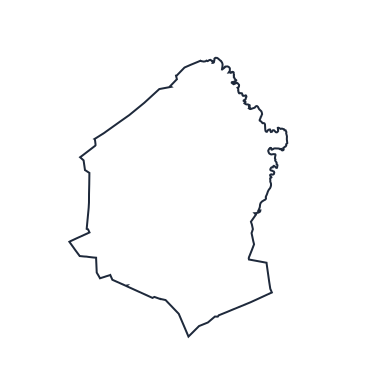 Priekule, Priekules, Latvia (orthographic projection), rotated 296°
{"feature_id": "27541924B71923790852793", "entity_name": "Priekule", "entity_type": "district", "adm_level": 2, "iso_a3": "LVA", "parent_name": "Latvia", "parent_adm1": "Priekules", "projection": "orthographic", "projection_center": [21.612, 56.446], "detail": "fine", "context": "isolated", "style": "outline", "palette": "slate", "viewbox_px": 384, "rotation_deg": 296, "n_neighbors": 0, "source": "geoboundaries", "source_scale": "gbopen_adm2", "svg_char_len": 6005}
<svg xmlns="http://www.w3.org/2000/svg" viewBox="0 0 384 384"><g transform="rotate(296 192 192)"><path d="M92.9,270.1L99.8,276.3L103.9,279.9L118.5,292.9L123.6,297.1L136.7,307.8L138.3,306.0L139.3,304.8L139.6,304.6L144.9,300.9L159.7,290.9L161.1,290.0L156.3,272.8L157.2,272.1L158.3,271.8L160.0,271.7L166.7,271.2L172.2,270.7L174.7,268.6L181.1,263.6L181.4,263.5L182.5,263.4L185.3,263.0L189.0,260.1L191.1,258.0L195.5,258.7L199.2,259.3L199.7,259.4L200.4,257.6L201.1,258.9L202.6,260.7L203.8,261.6L204.8,261.7L205.4,261.5L204.4,259.8L205.6,259.8L208.0,259.6L210.6,258.7L212.1,258.5L214.0,259.0L216.1,260.3L217.3,261.2L218.4,261.4L219.1,261.1L219.7,260.5L220.7,260.4L220.9,260.4L221.9,260.4L223.4,260.3L225.6,260.0L226.8,260.0L228.1,260.1L229.6,260.5L231.3,260.4L232.9,260.0L234.3,259.2L235.6,257.8L236.8,257.3L238.4,256.3L239.0,256.3L239.7,256.9L240.0,257.0L240.1,256.9L240.4,256.3L240.8,255.3L241.2,254.9L241.4,254.8L241.8,254.8L242.2,255.1L242.6,255.4L242.8,255.9L242.8,256.4L243.0,256.9L243.3,257.3L243.9,257.7L244.3,257.7L245.6,257.4L246.0,257.0L246.3,256.6L246.2,256.2L246.2,255.7L246.4,255.0L246.2,254.6L246.0,253.9L246.0,253.4L246.1,252.9L246.4,252.6L246.8,252.4L247.8,252.4L248.6,252.5L249.1,252.8L249.4,253.4L249.6,253.8L250.4,253.7L250.9,253.8L251.4,254.1L251.4,254.4L251.3,255.4L250.8,256.3L250.7,256.6L250.8,257.6L251.1,257.8L251.7,257.6L253.5,257.1L253.8,256.8L254.1,255.8L255.1,255.4L255.7,254.9L256.3,253.6L257.0,252.8L257.4,252.7L257.9,252.7L258.2,252.2L258.7,251.7L260.7,251.1L261.4,251.0L262.3,250.5L262.4,250.2L262.0,249.3L261.8,248.7L260.4,246.7L260.4,245.7L260.4,244.9L260.6,244.4L261.1,243.7L262.2,242.6L262.6,242.4L264.2,242.4L265.7,242.8L266.0,243.1L266.1,243.4L266.2,243.9L266.0,244.2L265.7,244.3L265.3,244.4L265.2,244.5L265.0,244.8L265.0,245.2L265.3,245.5L266.3,246.2L267.0,246.6L267.5,247.3L268.0,248.3L268.2,249.0L268.9,250.4L269.1,251.0L269.2,251.4L269.0,251.8L269.0,252.1L269.1,252.4L269.6,252.8L269.8,253.1L269.9,253.4L269.7,253.8L269.2,253.9L269.0,254.1L268.9,254.4L269.0,255.0L269.4,255.5L269.7,255.7L270.2,255.8L270.6,255.6L271.1,255.1L271.5,254.8L271.8,254.8L272.2,255.1L272.6,255.4L273.3,255.6L274.0,256.2L275.2,256.3L276.2,255.7L277.7,256.2L281.0,254.1L283.7,252.9L286.2,250.8L287.2,250.6L288.5,249.0L288.0,248.0L288.7,247.3L288.7,247.1L288.4,245.0L287.6,244.1L287.7,242.3L287.6,241.3L287.3,241.0L284.6,242.7L283.5,242.5L282.8,242.1L282.5,241.1L283.0,239.8L283.4,238.9L283.1,237.8L282.2,237.5L281.1,237.4L280.5,236.6L281.2,235.7L282.1,235.2L282.4,234.6L281.5,233.5L280.5,233.1L279.6,233.0L278.9,232.9L278.7,232.3L279.1,231.3L280.7,230.2L284.7,228.0L285.4,227.1L285.4,226.3L284.8,225.3L285.1,224.4L285.6,223.6L285.7,222.6L285.9,221.5L286.5,221.2L287.4,221.2L288.7,221.1L289.3,220.9L290.0,221.1L290.7,221.0L291.7,220.9L292.7,220.9L293.9,220.0L294.9,219.0L295.9,216.0L297.5,213.8L297.7,212.6L296.8,211.7L295.3,211.4L292.3,208.4L292.0,207.7L292.1,206.8L293.0,207.4L293.4,206.7L293.2,206.1L293.7,205.7L294.1,205.6L294.8,206.1L295.3,205.7L295.2,203.9L294.9,203.3L294.5,202.1L294.5,201.9L294.7,200.2L294.9,200.2L295.6,200.6L296.2,200.7L296.5,200.5L296.7,200.3L296.6,199.9L296.5,199.2L296.5,198.8L296.5,198.5L296.7,198.4L296.9,198.3L297.0,198.3L297.4,198.6L298.0,199.0L298.3,199.2L298.7,199.4L299.2,199.5L299.4,199.5L300.1,199.1L300.6,199.1L301.4,199.2L302.0,198.7L302.4,198.3L302.4,197.9L301.7,197.3L300.8,195.8L301.1,195.0L301.5,194.9L302.6,193.5L302.5,193.2L302.2,193.0L302.1,192.6L302.1,192.3L302.0,192.0L302.0,191.7L301.7,191.4L301.4,191.2L301.5,190.8L301.8,190.6L302.0,190.2L302.3,190.0L302.4,189.8L302.6,189.7L302.9,189.6L303.1,189.3L303.4,189.2L303.6,188.9L304.6,188.6L305.0,188.4L305.7,187.2L306.7,187.9L307.0,188.0L307.6,187.9L308.8,187.4L309.0,187.2L309.5,185.9L309.7,185.5L309.8,184.9L309.6,184.6L309.7,184.4L309.5,184.1L308.6,183.5L308.4,183.1L308.1,183.0L307.9,182.7L307.4,182.5L307.1,182.1L307.3,181.4L307.3,180.9L307.6,179.8L308.1,179.7L308.3,180.0L308.7,180.3L308.8,180.7L309.2,181.5L309.8,181.7L310.1,181.7L310.4,182.5L310.6,182.5L311.6,182.9L311.9,182.7L312.0,182.2L312.6,180.5L312.8,180.4L313.3,179.9L313.6,179.2L314.4,179.0L314.7,178.9L314.8,178.6L315.2,178.4L315.9,178.3L316.2,178.0L317.0,177.2L317.5,177.2L317.8,176.9L317.9,176.5L317.8,175.8L317.5,175.5L317.3,175.2L316.9,174.9L316.5,174.8L316.1,174.7L316.1,174.3L316.2,174.0L316.1,173.6L316.0,173.4L315.5,172.6L316.3,172.7L317.1,173.0L317.8,172.7L319.6,171.9L320.1,171.3L320.5,170.1L320.5,169.7L320.4,168.8L319.3,166.9L318.8,166.7L318.6,166.9L317.1,166.3L315.8,165.6L316.3,165.3L316.0,165.0L318.0,164.4L320.2,163.5L320.4,163.3L321.6,162.2L321.9,161.5L322.5,160.6L322.4,160.4L323.4,156.9L323.5,155.7L322.9,154.3L322.3,153.9L321.7,153.7L321.4,153.9L321.0,154.0L320.6,154.3L320.1,154.3L319.6,154.4L318.6,154.8L318.3,154.6L318.0,154.7L317.9,154.6L317.5,154.5L317.1,153.9L317.6,153.8L318.1,153.8L318.3,152.7L318.7,152.7L318.7,152.1L318.8,150.5L318.2,149.8L316.8,148.9L316.5,148.7L316.4,147.4L316.0,147.3L315.3,146.7L314.4,145.4L314.0,144.0L313.8,143.5L313.8,142.9L313.4,142.0L313.5,141.9L311.3,140.0L305.8,135.1L300.6,130.7L290.5,127.4L290.3,127.4L289.6,126.6L286.7,129.0L286.5,128.9L278.2,126.2L277.6,126.0L277.4,127.2L270.2,117.5L255.0,111.5L251.2,110.0L234.7,102.4L233.8,102.0L223.8,96.5L207.4,87.6L207.1,87.5L197.9,81.8L197.8,81.7L197.0,81.2L197.0,81.3L195.5,82.5L192.7,84.3L191.7,84.8L191.1,84.7L176.9,77.6L174.2,76.2L172.9,80.7L164.8,86.2L164.6,88.2L164.5,88.7L164.2,91.4L154.0,96.2L145.1,100.3L137.4,104.0L132.4,106.1L112.7,113.5L112.7,113.8L112.9,114.9L110.7,117.6L99.8,108.6L94.5,104.3L93.5,103.6L88.4,113.0L85.5,118.6L85.2,119.1L86.7,123.2L87.7,125.6L88.4,127.8L89.8,131.8L90.9,134.6L90.5,134.8L77.8,141.7L75.1,145.8L74.1,147.1L77.3,150.5L77.6,150.8L78.3,151.5L78.6,151.8L81.1,154.5L81.6,154.9L78.2,158.9L78.7,173.4L79.0,173.9L79.4,174.5L78.7,174.2L78.7,174.6L79.5,202.9L81.2,204.2L81.9,210.4L82.1,210.4L82.3,211.6L82.7,213.1L83.0,214.4L83.3,215.6L76.7,233.5L72.9,237.9L67.9,243.7L60.5,252.2L74.6,257.1L81.7,263.5L90.1,267.2L91.3,269.8L92.9,270.1Z" fill="none" stroke="#1e293b" stroke-width="2"/></g></svg>